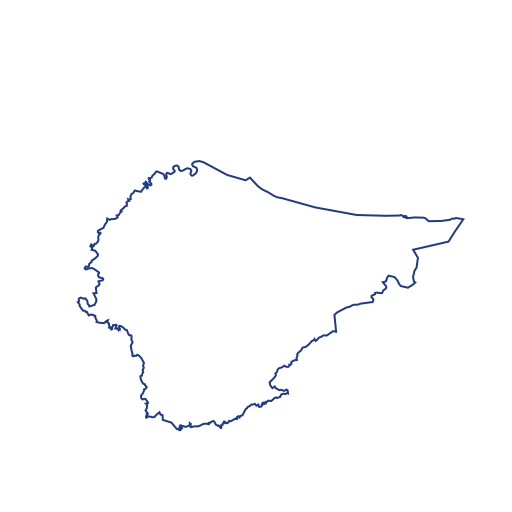 the district of Dat Do, Bà Rịa - Vũng Tàu, Vietnam, rotated 232°
{"feature_id": "81297802B14105634475822", "entity_name": "Dat Do", "entity_type": "district", "adm_level": 2, "iso_a3": "VNM", "parent_name": "Vietnam", "parent_adm1": "Bà Rịa - Vũng Tàu", "projection": "orthographic", "projection_center": [107.299, 10.478], "detail": "fine", "context": "isolated", "style": "outline", "palette": "blue", "viewbox_px": 512, "rotation_deg": 232, "n_neighbors": 0, "source": "geoboundaries", "source_scale": "gbopen_adm2", "svg_char_len": 6047}
<svg xmlns="http://www.w3.org/2000/svg" viewBox="0 0 512 512"><g transform="rotate(232 256 256)"><path d="M128.0,196.6L130.7,198.2L132.0,197.8L132.3,195.3L135.3,193.2L135.8,191.9L139.2,190.4L140.7,190.1L141.6,190.4L141.7,187.7L142.1,187.5L145.6,187.7L148.1,189.0L148.9,195.7L149.6,197.9L150.1,198.5L151.4,198.8L151.9,201.4L153.2,203.1L153.4,205.1L152.3,207.7L152.1,210.9L150.3,211.4L148.8,213.1L148.9,214.9L149.8,215.3L149.1,216.4L149.2,217.5L150.6,218.4L150.8,218.9L149.9,222.8L148.9,224.3L150.7,225.2L152.0,227.4L153.0,227.7L153.8,229.7L153.8,233.2L155.1,236.3L153.7,239.5L153.8,243.0L154.6,247.9L154.1,250.0L154.5,251.0L152.4,250.7L152.2,251.1L152.9,255.7L152.3,257.1L152.0,259.8L151.1,261.4L149.8,262.7L149.3,270.5L147.0,272.5L161.4,281.6L161.6,285.2L159.8,295.3L158.1,299.3L158.0,301.0L157.3,303.2L155.0,306.2L154.0,309.2L147.9,319.6L148.9,321.3L149.9,321.9L152.4,321.6L153.5,322.6L152.6,326.3L153.6,327.2L152.7,328.8L150.0,331.3L149.2,332.6L150.5,335.0L150.4,338.2L151.0,339.3L151.9,339.9L157.3,339.8L156.0,342.8L158.2,346.1L158.9,348.3L154.1,352.2L149.7,352.4L145.4,351.5L143.2,351.6L137.5,356.2L136.9,361.4L137.0,365.2L138.9,364.8L142.7,366.8L146.6,371.5L148.1,375.5L154.9,382.5L164.2,383.7L148.8,416.6L152.8,427.7L157.3,441.9L162.9,437.0L163.2,435.4L164.7,433.6L165.1,431.2L169.4,423.8L177.1,413.5L181.2,412.8L182.8,411.9L188.4,405.2L193.0,398.1L194.2,397.5L194.2,398.8L194.8,398.9L195.6,398.4L196.1,396.3L197.0,396.7L199.3,395.1L199.4,394.2L207.8,383.0L226.3,360.6L257.7,332.7L285.7,312.0L289.0,309.0L292.3,307.2L298.5,304.9L304.7,301.9L309.7,300.5L321.5,299.5L322.1,294.4L337.6,283.2L362.3,272.3L365.7,269.8L368.1,265.5L368.0,262.8L367.5,262.0L365.6,261.6L362.3,263.3L360.4,262.9L358.9,261.2L358.2,259.3L358.2,255.8L359.0,254.8L360.4,254.7L361.5,255.1L362.7,257.3L363.4,257.7L365.1,257.8L367.1,256.2L367.8,254.8L368.4,250.6L369.3,249.1L371.4,248.6L374.1,250.0L376.1,249.4L377.1,247.1L376.9,245.4L375.7,244.3L372.9,244.3L372.5,243.2L373.0,239.2L376.0,237.4L376.3,236.5L375.5,235.5L373.1,234.3L372.2,232.7L373.3,232.0L376.0,233.4L377.7,233.4L383.7,230.0L384.0,229.4L383.2,226.8L383.1,224.1L382.0,221.9L383.4,219.3L382.7,218.9L381.2,219.4L380.7,219.0L380.5,217.7L380.0,217.6L377.5,218.1L376.6,217.5L376.6,216.3L378.0,215.6L380.2,214.7L381.7,215.1L382.4,214.9L381.8,213.7L382.3,212.0L381.3,211.8L379.3,213.4L378.1,213.6L376.9,213.2L376.1,212.2L376.4,211.7L378.2,212.4L378.9,212.0L378.6,208.6L377.4,204.9L380.6,202.0L382.1,201.1L382.2,200.5L381.3,198.4L381.4,196.1L381.1,195.1L380.1,193.6L378.0,192.4L378.2,191.0L379.3,190.3L377.5,189.9L378.1,188.7L377.9,186.8L376.2,186.2L375.0,184.8L375.8,183.1L375.3,181.1L375.2,177.3L374.6,176.8L373.9,177.3L373.6,175.1L372.8,173.1L373.7,171.2L371.7,170.9L371.6,170.5L371.9,167.9L374.3,164.3L374.6,162.9L377.1,161.8L374.7,159.6L373.8,156.3L372.1,153.0L373.2,147.2L372.9,146.6L371.8,145.9L370.7,146.2L370.5,147.5L369.7,147.6L368.9,144.5L367.6,142.9L365.8,141.9L364.6,140.2L364.2,137.7L364.9,136.2L363.9,134.7L365.0,133.7L366.6,133.2L365.6,131.4L364.6,131.8L364.5,133.2L364.0,133.3L362.2,130.3L361.8,130.2L359.8,132.2L358.9,132.6L354.7,132.5L353.6,131.6L353.2,128.4L353.4,123.6L352.5,122.5L352.5,119.9L350.9,118.0L351.0,116.8L352.6,115.3L351.9,113.5L351.3,113.3L350.0,113.8L349.2,116.4L347.6,119.2L346.0,120.2L339.7,122.2L339.1,121.7L338.8,120.4L337.7,119.4L335.8,119.2L333.0,121.4L332.1,121.5L331.4,121.0L331.4,119.8L333.0,116.2L330.1,115.4L329.6,113.3L329.9,111.5L329.7,110.3L325.0,107.5L326.7,105.0L320.2,103.6L318.5,102.1L316.9,98.7L318.8,93.6L320.5,94.1L321.8,93.9L324.5,95.4L327.7,95.5L328.4,93.9L331.0,92.4L331.5,90.6L331.1,89.7L329.6,89.0L329.2,88.3L329.4,87.2L326.3,87.2L325.0,86.2L319.5,86.1L317.9,87.5L316.6,87.5L316.2,88.3L312.1,87.6L311.5,90.0L310.7,90.4L309.8,91.6L308.8,91.6L307.8,92.5L306.1,91.3L303.2,90.8L302.2,89.7L299.3,92.0L296.6,95.1L296.9,98.3L296.5,99.7L295.5,98.0L293.2,98.6L291.9,97.5L290.5,97.3L290.1,96.2L289.2,96.9L288.8,96.7L288.2,97.1L287.2,96.7L287.0,97.8L288.7,98.5L288.6,99.8L289.5,100.8L287.8,103.5L287.4,103.5L285.5,100.6L284.6,101.9L283.6,101.7L283.2,102.6L282.3,102.3L282.6,103.1L281.8,103.3L282.3,103.9L284.6,104.3L285.1,105.2L284.5,106.0L282.1,107.2L278.6,107.5L277.4,108.6L272.5,107.3L271.3,107.5L270.8,108.5L269.5,108.7L267.0,106.4L264.0,105.6L262.4,102.1L258.3,99.8L254.8,98.4L253.7,97.2L252.7,97.3L252.0,99.2L251.1,100.0L251.3,101.5L250.2,102.3L246.4,102.8L240.8,101.9L238.9,99.3L237.0,98.8L235.8,96.3L234.0,95.7L233.3,94.0L232.0,92.4L232.5,91.0L232.2,90.6L229.1,89.1L227.3,88.7L224.8,88.5L223.3,89.5L222.4,89.0L220.0,89.2L219.3,86.7L219.8,85.7L218.6,84.5L217.1,81.5L217.0,79.9L215.7,78.5L214.5,78.0L212.9,78.2L212.2,80.1L211.4,80.9L207.2,80.7L206.7,80.5L206.7,79.7L207.4,78.4L206.0,78.6L205.1,78.1L203.2,76.2L202.2,73.8L198.6,73.9L198.2,73.4L198.6,72.6L197.7,72.4L197.7,71.5L197.1,70.3L196.0,70.1L195.9,72.2L194.4,73.9L192.9,74.9L191.9,76.2L191.6,77.5L192.1,78.5L192.3,83.7L189.8,83.1L188.2,84.4L184.2,81.7L176.7,86.8L168.3,87.1L167.6,87.9L165.5,88.7L165.3,89.2L165.6,89.8L167.1,89.4L167.2,89.9L165.7,91.1L165.8,91.6L166.8,91.8L168.1,90.3L169.2,92.0L168.4,92.9L167.2,93.2L166.7,94.1L165.8,94.4L164.3,95.9L163.5,100.0L164.9,100.9L163.7,101.2L162.0,99.2L161.4,99.1L161.0,99.5L160.1,101.9L157.1,106.1L156.1,111.1L154.6,113.5L152.6,115.2L153.6,115.8L153.6,116.3L152.7,117.4L152.9,118.5L152.2,120.9L150.9,121.2L148.1,120.5L145.7,121.4L145.5,122.2L142.5,122.2L141.9,122.6L142.2,123.2L144.1,124.3L143.5,125.9L144.3,126.4L145.2,129.0L143.9,129.5L143.8,128.7L143.3,128.7L141.9,130.6L141.9,131.8L142.7,133.2L141.3,134.3L140.6,139.4L139.2,140.7L139.4,141.2L140.5,141.3L140.8,142.0L140.6,143.5L138.9,143.7L139.6,145.3L138.8,147.2L141.7,153.5L141.6,155.2L142.2,156.8L141.6,158.4L141.8,160.7L140.7,162.4L140.3,164.0L137.8,164.2L137.5,166.4L135.3,165.5L134.2,167.0L134.3,168.4L135.3,169.1L134.6,170.6L136.0,170.4L136.3,170.9L135.9,171.6L133.9,173.0L135.1,173.9L134.3,174.9L134.4,176.7L132.3,178.7L132.7,183.1L132.3,184.6L131.2,185.0L130.1,188.4L131.2,190.2L131.3,191.2L130.6,192.8L129.0,194.3L128.8,196.1L128.0,196.6Z" fill="none" stroke="#1e3a8a" stroke-width="2"/></g></svg>